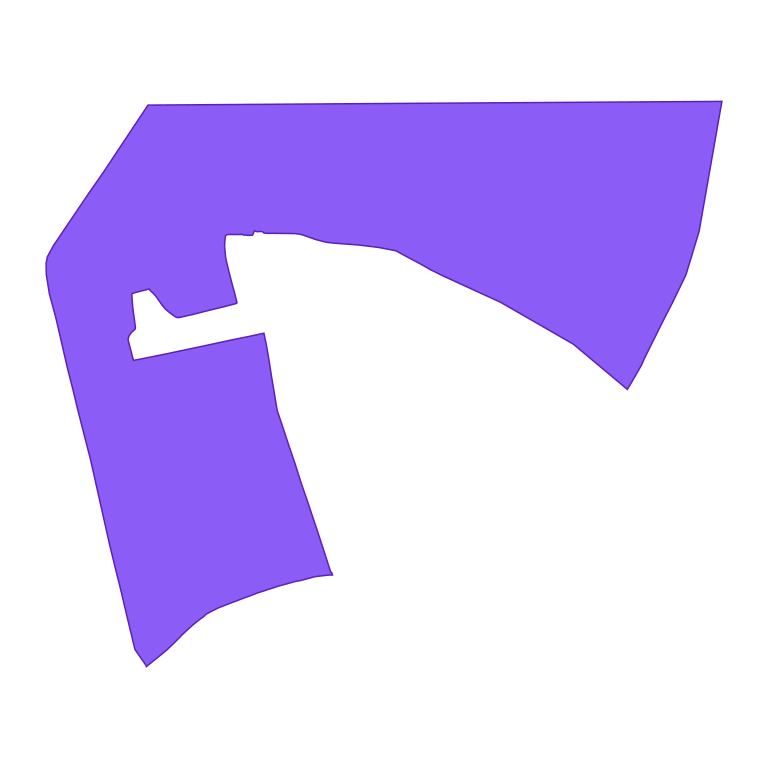 the district of Ismailiyya 2, Al Isma`iliyah, Egypt
{"feature_id": "37247803B84345161552096", "entity_name": "Ismailiyya 2", "entity_type": "district", "adm_level": 2, "iso_a3": "EGY", "parent_name": "Egypt", "parent_adm1": "Al Isma`iliyah", "projection": "mercator", "projection_center": [32.27, 30.614], "detail": "fine", "context": "isolated", "style": "filled", "palette": "violet", "viewbox_px": 768, "rotation_deg": 0, "n_neighbors": 0, "source": "geoboundaries", "source_scale": "gbopen_adm2", "svg_char_len": 2377}
<svg xmlns="http://www.w3.org/2000/svg" viewBox="0 0 768 768"><path d="M331.7,572.5L331.5,572.4L330.8,572.1L330.4,571.0L328.5,565.2L323.3,549.0L317.8,532.1L312.1,515.1L306.3,497.8L303.0,488.3L300.4,480.6L294.9,463.2L289.0,445.9L283.3,428.6L277.5,411.3L277.3,410.6L277.1,409.8L276.6,407.1L274.5,394.1L271.6,376.9L269.8,365.3L268.9,359.6L267.4,350.6L265.9,342.5L263.9,333.2L249.5,336.3L232.8,339.7L215.6,343.4L198.8,347.0L165.0,354.1L133.7,360.4L133.3,359.4L132.9,358.3L131.0,351.0L129.6,345.7L128.5,341.5L128.1,339.6L128.3,338.3L129.1,335.8L131.2,332.8L133.4,330.7L134.9,329.5L135.2,328.6L135.4,327.8L134.8,322.5L132.7,306.9L131.9,295.7L131.9,294.6L131.9,293.6L137.7,291.9L149.2,289.0L149.6,289.7L150.1,290.4L152.9,293.0L156.1,296.5L158.7,300.3L162.0,305.0L164.5,308.1L166.3,309.9L169.5,312.6L173.7,315.7L175.4,316.8L176.3,317.2L177.2,317.6L179.5,317.5L193.5,314.3L205.2,311.3L224.0,306.7L236.3,303.5L236.6,303.1L237.0,302.8L235.7,297.5L234.3,291.8L232.1,283.9L228.5,270.0L226.2,260.1L225.6,257.2L225.0,250.6L224.6,246.0L224.8,241.7L225.3,236.8L225.4,236.2L225.6,235.6L226.8,234.7L227.7,234.6L228.5,234.5L243.1,234.5L243.5,234.9L243.7,235.1L245.5,235.0L248.1,235.4L252.5,235.2L254.5,230.8L257.0,231.7L261.4,231.5L262.8,231.9L263.2,232.3L263.9,233.0L265.4,233.2L267.8,233.3L270.5,233.3L289.1,233.5L295.2,233.6L300.4,234.3L304.0,235.4L316.2,239.7L326.4,242.3L334.5,243.2L358.6,245.0L378.3,247.4L388.9,249.4L395.9,250.8L404.9,255.7L420.8,264.2L430.8,269.9L444.7,276.7L500.4,302.2L573.4,344.2L625.8,388.1L626.5,388.7L627.0,389.1L627.3,389.4L631.9,381.8L641.6,364.9L644.1,359.1L663.7,319.7L668.9,309.6L672.3,303.0L685.9,275.0L699.1,231.4L721.9,101.4L355.2,103.7L327.2,103.9L148.0,105.1L103.3,172.4L89.0,192.9L53.5,245.5L47.3,256.9L46.1,263.4L46.3,274.5L49.4,294.0L55.8,317.6L67.4,367.9L73.0,389.9L77.6,409.2L90.5,459.5L109.3,543.3L114.7,565.7L120.5,588.8L127.6,619.0L135.0,649.6L146.1,665.6L146.3,666.1L146.4,666.6L153.4,660.9L166.8,650.0L174.4,642.7L183.3,633.7L191.3,626.3L196.4,622.0L199.5,619.6L201.8,617.9L202.3,617.7L202.7,617.4L204.1,616.2L206.5,613.9L207.3,613.6L208.0,613.2L212.8,610.6L218.8,607.7L226.1,604.8L226.7,604.6L227.2,604.4L242.7,598.5L249.6,596.0L256.8,593.2L267.4,589.7L272.2,588.2L278.5,586.1L295.6,581.4L300.0,580.7L303.2,579.8L309.1,578.3L313.2,577.1L316.3,576.5L328.2,575.1L332.5,575.0L331.7,572.5Z" fill="#8b5cf6" stroke="#5b21b6" stroke-width="1.5"/></svg>